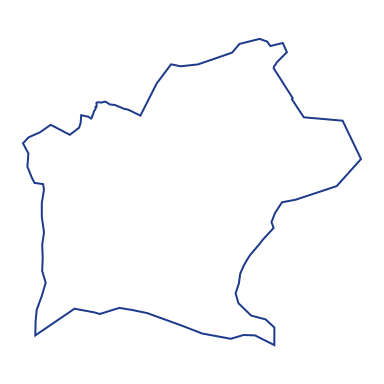 outline of Ayedire, Osun, Nigeria
{"feature_id": "59680162B61434523060701", "entity_name": "Ayedire", "entity_type": "district", "adm_level": 2, "iso_a3": "NGA", "parent_name": "Nigeria", "parent_adm1": "Osun", "projection": "orthographic", "projection_center": [4.222, 7.564], "detail": "fine", "context": "isolated", "style": "outline", "palette": "blue", "viewbox_px": 384, "rotation_deg": 0, "n_neighbors": 0, "source": "geoboundaries", "source_scale": "gbopen_adm2", "svg_char_len": 1312}
<svg xmlns="http://www.w3.org/2000/svg" viewBox="0 0 384 384"><path d="M274.3,345.1L274.4,327.6L265.6,319.4L251.2,315.6L238.4,303.2L235.6,293.3L238.9,283.4L240.2,273.7L243.7,265.7L245.8,262.0L248.8,257.0L250.7,254.3L259.6,243.9L262.8,239.7L273.6,228.0L271.5,222.1L275.0,213.0L282.0,202.3L295.6,199.7L336.7,186.1L361.0,159.0L342.6,120.7L303.8,117.3L291.9,99.2L292.7,98.1L273.6,68.1L274.1,66.2L275.6,64.5L276.6,62.5L286.9,52.2L282.8,43.0L270.3,46.0L267.2,41.6L259.6,38.9L239.5,43.9L232.1,52.6L198.0,64.4L180.6,66.3L171.1,64.3L156.7,83.4L149.9,96.9L140.4,115.6L128.3,109.7L124.1,108.8L114.9,105.0L109.8,104.4L105.6,101.7L103.6,101.9L101.5,102.7L100.2,102.3L98.6,102.3L96.9,102.4L96.4,102.8L96.6,104.7L96.5,106.8L95.5,107.0L95.6,108.4L95.3,109.5L94.0,111.2L93.6,112.6L93.0,114.6L92.3,115.4L92.3,116.6L91.2,118.5L88.2,116.7L81.2,115.2L80.7,122.6L79.1,127.7L69.8,134.8L50.7,124.8L40.0,132.3L28.6,137.3L23.0,143.3L28.4,153.5L27.7,162.9L27.4,166.0L27.4,166.7L32.1,178.3L34.5,182.9L43.1,184.1L44.0,189.6L41.8,203.1L41.8,216.6L44.0,232.4L42.2,244.8L42.7,258.2L42.2,270.9L45.7,282.8L41.8,295.9L36.7,309.9L35.6,321.2L35.3,335.4L74.5,308.7L94.4,312.4L99.7,314.0L119.3,307.9L132.3,310.0L147.2,313.1L181.7,325.6L202.1,333.5L230.9,338.8L243.5,335.0L255.0,335.4L274.3,345.1Z" fill="none" stroke="#1e3a8a" stroke-width="2"/></svg>